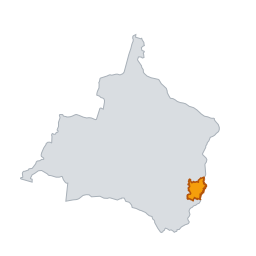 Ango, Orientale, Democratic Republic of the Congo shown in context, rotated 105°
{"feature_id": "63176286B24678106401017", "entity_name": "Ango", "entity_type": "district", "adm_level": 2, "iso_a3": "COD", "parent_name": "Democratic Republic of the Congo", "parent_adm1": "Orientale", "projection": "orthographic", "projection_center": [26.048, 4.445], "detail": "fine", "context": "in_parent", "style": "filled", "palette": "amber", "viewbox_px": 256, "rotation_deg": 105, "n_neighbors": 0, "source": "geoboundaries", "source_scale": "gbopen_adm2", "svg_char_len": 7721}
<svg xmlns="http://www.w3.org/2000/svg" viewBox="0 0 256 256"><g transform="rotate(105 128 128)"><path d="M214.8,169.1L196.8,171.9L197.2,172.9L197.0,174.0L196.5,174.8L194.7,177.0L191.9,179.0L191.9,179.5L193.3,181.7L194.1,184.8L193.9,190.1L194.2,191.6L194.1,192.7L193.2,194.0L191.4,200.4L192.5,203.5L196.0,206.4L198.1,208.5L201.5,209.2L202.1,209.1L202.3,207.3L205.1,206.6L204.9,218.0L204.7,218.6L204.2,218.8L203.5,218.4L203.3,217.3L202.6,216.9L199.2,218.3L198.4,218.3L197.5,218.0L196.8,217.5L196.6,216.6L194.3,213.3L193.1,213.1L191.8,210.1L186.5,207.9L184.5,207.8L183.4,207.1L182.4,204.7L180.6,203.2L180.2,201.6L179.9,201.3L178.8,201.7L177.9,204.3L176.6,204.9L174.5,205.0L169.0,204.2L165.1,202.9L164.1,203.0L162.5,201.7L161.9,199.7L162.2,198.1L161.9,197.9L156.0,199.2L154.5,200.0L153.2,199.8L152.8,199.3L153.3,198.2L153.0,197.1L152.6,196.5L150.8,196.1L150.3,194.8L149.2,194.6L148.8,194.8L148.6,195.7L147.9,196.0L144.4,195.5L140.7,196.6L135.7,196.3L133.4,197.6L133.0,197.6L132.5,196.9L132.0,194.7L132.3,194.2L133.0,193.7L133.2,192.9L133.0,190.6L133.2,190.1L132.9,188.8L132.1,186.7L131.0,185.0L128.8,182.4L128.3,181.2L128.5,178.4L129.1,173.9L129.0,170.5L128.1,168.3L127.8,165.9L128.4,161.7L127.8,160.7L116.4,160.2L116.0,159.9L115.7,159.3L116.2,156.8L109.3,157.4L107.3,157.9L106.0,158.9L105.6,160.2L105.6,162.0L104.6,163.8L104.3,166.7L102.4,167.0L100.5,167.0L96.8,166.4L93.3,167.2L91.5,168.0L90.6,167.6L87.4,167.8L87.0,167.6L83.2,161.7L81.5,159.7L81.2,158.7L81.3,157.8L80.8,156.6L79.1,153.5L78.7,152.1L78.8,149.9L78.6,149.2L77.0,147.2L76.0,146.6L74.8,146.2L56.5,146.2L50.5,145.8L46.1,145.9L43.8,145.7L43.2,145.5L41.2,145.8L40.2,146.6L38.6,147.0L37.6,146.8L35.7,144.6L38.3,144.2L38.5,138.7L37.8,138.0L39.2,137.1L41.3,134.8L43.5,134.0L43.8,133.6L44.2,133.6L45.0,134.6L46.9,135.9L49.2,134.8L49.5,134.5L49.7,132.2L50.3,132.0L51.3,132.5L51.9,132.6L52.9,131.9L55.8,130.8L56.7,132.3L56.0,133.6L56.3,134.5L56.4,136.0L56.9,136.3L59.3,136.5L60.0,136.2L64.5,131.0L65.8,130.5L67.7,128.4L70.3,127.5L71.4,125.9L72.9,123.0L73.5,118.8L73.2,111.5L73.5,110.5L76.6,107.3L79.8,101.3L82.0,99.8L83.7,99.2L86.2,97.0L88.3,94.8L88.0,92.2L88.5,90.0L89.6,87.2L89.9,84.2L89.6,81.1L89.7,78.5L91.2,74.5L91.4,69.8L92.8,65.9L95.5,60.9L96.8,57.2L96.6,53.6L97.0,50.9L96.9,49.3L96.4,47.9L96.6,47.0L97.7,46.7L98.9,45.3L101.3,41.7L103.8,40.0L105.5,39.5L107.3,39.5L108.4,39.9L110.3,41.3L112.5,42.4L114.1,43.9L115.7,46.1L119.6,46.6L121.2,47.4L122.2,47.7L122.6,47.5L123.4,47.6L125.2,48.2L126.7,47.9L133.8,49.4L134.6,48.7L136.7,44.9L138.2,43.6L140.6,43.5L142.5,44.2L143.5,44.2L152.4,41.0L153.5,40.9L156.7,41.7L158.8,41.1L159.6,41.3L161.4,40.7L162.9,38.5L164.1,37.9L176.8,40.4L178.7,39.2L179.6,39.0L182.4,39.9L183.3,41.3L185.0,42.5L186.2,44.4L188.1,45.5L189.0,46.6L190.1,47.3L192.4,47.6L195.4,45.8L197.4,46.0L199.5,46.9L200.2,46.9L201.8,45.8L202.6,44.7L203.4,44.5L204.6,44.9L205.6,46.0L206.5,47.5L209.7,50.8L212.8,52.3L213.5,54.3L214.6,54.1L215.2,54.3L216.0,55.6L216.5,55.9L216.7,56.4L215.9,57.7L215.2,60.0L216.1,61.5L215.3,63.6L215.0,65.8L215.9,66.3L217.2,66.3L218.4,67.4L219.3,67.5L220.3,68.7L220.1,69.7L217.1,73.3L212.5,77.7L211.0,78.2L210.2,79.0L209.7,80.3L208.3,81.4L207.3,81.8L207.2,84.9L205.7,88.2L205.1,88.9L204.3,94.1L204.4,95.1L203.6,99.4L203.7,103.4L201.5,104.6L200.0,106.6L199.4,108.0L199.4,111.2L196.9,113.3L196.7,113.7L197.3,116.0L198.2,116.4L198.2,117.1L200.3,119.6L200.1,127.2L200.2,127.9L201.3,129.7L202.0,133.1L201.2,137.5L203.9,145.4L202.6,148.3L203.2,151.1L204.8,154.0L208.6,156.8L209.7,158.0L210.6,159.6L211.5,162.1L214.8,169.1Z" fill="#d9dde1" stroke="#a8b0b8" stroke-width="1"/><path d="M178.2,39.5L177.9,39.7L177.9,39.8L177.6,40.2L177.6,40.3L177.4,40.3L177.4,40.5L177.1,40.6L177.0,40.4L176.9,40.4L176.8,40.5L176.6,40.5L176.6,40.4L176.4,40.2L176.1,40.0L175.9,40.1L175.7,40.0L175.4,40.0L175.1,40.2L174.9,40.2L174.9,40.3L174.8,40.2L174.7,40.2L174.8,40.1L174.6,40.2L174.6,40.3L174.5,40.2L174.4,40.2L174.3,40.4L174.2,40.4L174.2,40.2L174.1,40.4L174.0,40.5L174.0,40.3L173.9,40.6L173.7,40.6L173.6,40.4L173.5,40.5L173.5,40.4L173.4,40.4L173.2,40.3L173.2,40.2L173.0,39.9L172.9,39.9L172.8,39.7L172.7,39.7L172.6,39.8L172.6,39.7L172.3,39.6L172.2,39.5L171.9,39.5L171.7,39.6L171.6,39.4L171.5,39.5L171.5,39.3L171.2,39.3L171.3,39.2L171.2,39.0L171.1,38.9L170.9,39.0L170.8,38.9L170.8,38.7L170.7,38.7L170.6,38.9L170.6,38.6L170.4,38.7L170.2,38.5L170.1,38.4L170.0,38.5L169.9,38.7L169.7,38.6L169.7,38.8L169.4,39.1L169.3,38.9L169.1,39.0L168.9,38.9L168.8,38.7L168.7,38.8L168.6,38.6L168.4,38.8L168.4,39.0L167.7,39.0L167.6,38.8L167.4,38.8L167.1,39.2L167.0,38.9L166.9,38.9L167.0,38.6L166.7,38.7L166.8,38.5L166.7,38.3L166.6,38.5L166.3,38.7L166.2,38.4L165.9,38.1L165.6,38.0L165.6,37.9L165.4,38.0L165.5,37.8L165.4,37.8L165.2,37.9L165.2,38.0L165.1,37.8L164.9,37.8L165.0,37.7L164.8,37.6L164.7,37.5L164.7,37.4L164.4,37.3L164.3,37.2L164.2,37.3L164.4,37.5L164.1,37.5L163.8,37.4L163.7,37.4L163.6,37.6L163.3,37.6L163.2,37.8L162.9,37.6L162.8,37.8L162.6,37.9L162.6,38.0L162.3,38.4L162.3,38.9L162.1,39.1L162.2,39.5L162.3,39.5L162.5,39.5L162.4,39.9L162.2,40.2L162.2,40.5L161.4,40.7L161.2,40.8L160.9,40.9L160.8,41.0L160.6,40.8L160.6,40.7L160.4,40.9L160.3,41.0L160.1,41.1L159.8,41.6L159.4,41.3L159.2,41.3L159.1,41.1L158.8,41.0L158.5,41.1L158.3,41.4L157.9,41.4L157.8,41.6L157.3,41.6L157.0,41.9L156.8,41.9L156.8,41.7L156.6,41.9L156.4,41.9L156.3,41.7L156.0,41.7L156.0,42.0L156.1,42.3L156.4,42.4L156.3,42.5L156.5,42.7L156.6,43.0L156.9,43.2L157.3,43.8L157.6,44.1L157.5,44.8L158.1,45.1L159.2,45.7L159.6,46.0L160.3,46.5L160.5,46.5L161.2,46.3L161.8,46.0L162.1,46.0L162.1,46.6L162.1,47.0L162.0,47.3L162.0,47.7L162.1,48.0L162.6,48.4L162.6,48.5L162.8,48.6L163.0,49.7L163.3,50.0L163.3,50.3L163.3,50.6L162.8,50.7L162.8,50.8L162.8,51.0L163.2,51.2L163.3,51.3L163.7,51.6L164.0,52.0L164.3,52.1L164.2,52.3L164.2,52.5L164.0,52.8L163.9,52.7L163.7,52.9L163.6,53.1L163.4,53.3L163.5,53.3L163.4,53.5L163.4,53.3L163.2,53.5L163.1,53.8L163.1,53.6L162.8,53.9L162.8,54.0L162.7,54.2L162.3,54.2L162.2,54.4L162.0,54.2L161.8,54.2L161.7,54.4L161.9,54.5L162.0,54.9L161.9,55.0L161.8,54.9L161.7,54.7L161.7,54.8L161.5,55.2L161.6,55.3L161.8,55.3L162.0,55.6L162.5,55.4L163.0,55.3L163.3,55.4L163.4,55.6L163.6,55.5L163.9,55.6L164.1,55.2L164.6,55.2L164.9,54.9L165.2,54.7L165.6,54.7L165.8,54.6L165.9,54.8L166.2,55.0L166.4,55.0L166.6,55.2L166.7,55.4L166.9,55.4L167.1,55.3L167.2,55.2L167.2,54.9L167.3,54.6L167.2,54.4L167.3,54.2L167.3,53.8L167.6,53.7L167.8,53.7L168.2,53.7L168.5,53.4L168.6,53.5L168.8,53.4L169.1,53.4L169.3,53.5L169.6,53.7L169.6,53.8L169.8,54.0L170.1,54.2L170.3,54.0L170.6,54.1L170.8,54.1L171.0,53.8L171.3,53.5L171.6,53.5L171.7,53.4L172.1,53.0L172.4,52.9L172.7,53.0L172.7,52.9L173.0,52.6L172.9,52.5L172.9,52.4L173.0,52.4L173.0,52.5L173.2,52.2L173.0,52.3L173.1,52.2L173.3,52.2L173.5,51.8L173.6,51.7L173.8,51.6L174.0,51.4L174.3,51.1L174.6,50.7L175.0,50.5L175.3,50.6L175.5,50.6L175.9,50.8L175.9,51.2L176.3,52.3L176.6,52.4L176.7,52.6L176.9,52.8L177.0,53.1L177.4,53.2L177.6,53.3L177.9,53.3L178.0,53.2L178.0,52.9L178.3,52.9L178.5,52.9L178.7,53.0L178.8,52.9L179.0,52.8L179.0,52.7L179.4,52.5L179.5,52.5L179.6,52.8L179.8,52.7L180.0,52.2L180.5,52.5L180.8,52.5L180.9,52.4L181.0,52.0L181.2,51.8L181.0,51.6L181.0,51.4L180.7,51.1L180.7,50.9L180.8,50.7L180.7,50.5L180.7,50.3L180.5,50.2L180.4,50.0L180.5,49.6L180.7,48.8L180.7,48.6L180.9,48.6L180.9,47.7L181.1,47.2L181.1,46.7L181.4,46.3L181.2,46.2L181.0,46.3L180.6,46.3L180.3,46.4L180.0,46.3L179.9,46.2L179.3,46.1L178.9,45.8L178.7,45.8L178.4,45.8L178.1,45.8L178.2,45.4L178.3,45.3L178.2,45.0L178.3,44.9L178.3,44.5L178.8,44.0L178.6,43.6L178.4,43.4L178.3,43.1L178.6,43.1L178.8,43.0L179.0,42.8L179.0,42.6L178.5,42.3L178.4,42.1L178.3,41.6L178.0,41.2L177.8,40.9L177.8,40.7L177.9,40.2L178.0,40.1L178.4,40.0L178.4,39.8L178.2,39.5Z" fill="#f59e0b" stroke="#b45309" stroke-width="1.5"/></g></svg>